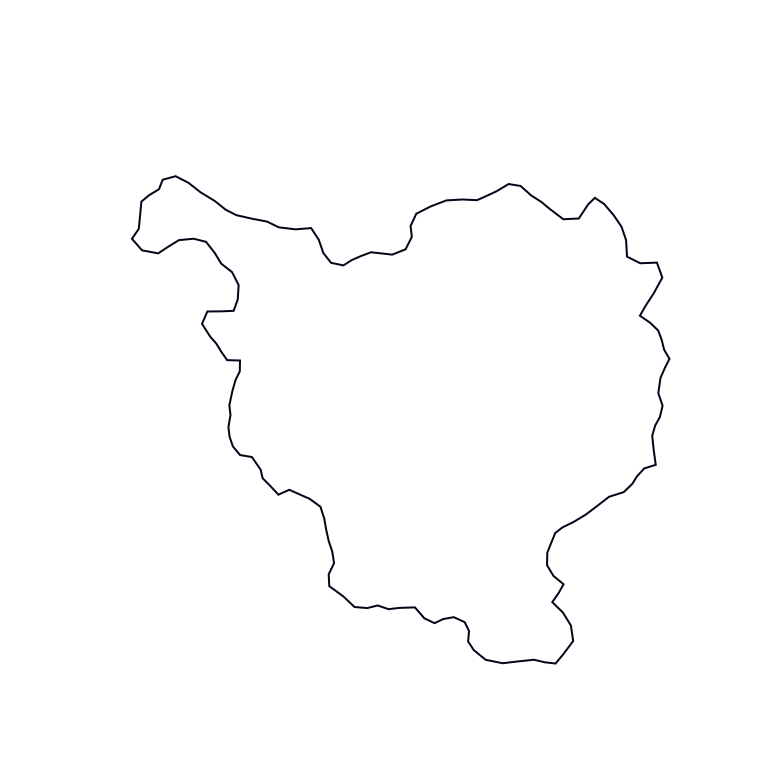 the district of Ouro Verde de Minas, Minas Gerais, Brazil, rotated 286°
{"feature_id": "56859067B63067715141112", "entity_name": "Ouro Verde de Minas", "entity_type": "district", "adm_level": 2, "iso_a3": "BRA", "parent_name": "Brazil", "parent_adm1": "Minas Gerais", "projection": "natural_earth1", "projection_center": [-41.295, -18.032], "detail": "fine", "context": "isolated", "style": "outline", "palette": "ink", "viewbox_px": 768, "rotation_deg": 286, "n_neighbors": 0, "source": "geoboundaries", "source_scale": "gbopen_adm2", "svg_char_len": 2074}
<svg xmlns="http://www.w3.org/2000/svg" viewBox="0 0 768 768"><g transform="rotate(286 384 384)"><path d="M519.4,115.0L509.2,114.0L500.4,105.9L492.4,100.5L480.4,102.8L465.5,105.5L454.1,101.7L445.8,114.6L447.3,130.9L456.9,139.1L465.7,147.1L471.2,161.0L471.6,173.7L463.4,185.1L454.9,194.2L449.6,207.2L439.0,217.0L425.1,220.1L412.9,219.3L409.1,207.9L405.0,194.2L391.6,192.5L381.6,203.9L376.6,211.7L369.6,219.3L363.7,226.7L366.9,239.1L356.4,241.9L347.0,240.2L335.6,240.2L320.9,241.2L311.8,245.0L299.8,246.3L290.7,250.1L282.3,256.0L276.0,265.3L277.4,277.1L267.8,288.9L259.9,293.4L254.9,302.4L248.5,313.0L256.2,322.1L254.7,332.8L253.1,344.2L248.5,356.7L238.3,363.6L228.2,368.5L218.0,374.0L208.6,380.5L198.0,385.4L185.8,383.3L174.6,387.1L168.5,403.7L161.5,417.2L164.0,429.7L169.4,439.0L168.8,450.4L173.1,460.7L177.8,475.3L169.9,487.3L168.0,498.5L174.4,505.7L179.1,515.4L177.3,527.2L169.9,533.9L159.7,535.8L152.9,543.7L146.9,557.8L148.3,575.1L154.7,590.3L160.3,604.2L160.8,615.2L162.6,626.0L174.6,631.2L189.1,636.7L203.4,630.2L213.6,619.0L220.7,605.9L231.3,609.5L241.0,611.8L246.2,599.8L254.7,590.7L266.7,587.5L276.4,588.4L288.0,589.7L295.4,595.1L303.6,604.2L314.0,613.9L325.6,622.6L337.6,631.4L346.2,644.3L356.4,650.2L364.9,652.6L374.6,657.4L381.2,667.5L394.5,661.6L408.2,656.1L418.8,656.1L428.3,658.3L439.9,657.8L450.8,650.2L466.0,648.1L477.1,649.6L486.8,651.5L494.1,643.9L502.9,638.8L510.9,632.9L516.1,623.2L520.2,611.2L531.3,613.9L546.0,618.4L563.0,622.2L575.9,612.9L570.7,597.0L573.4,582.5L589.1,577.0L600.6,569.0L609.3,558.6L617.6,546.2L621.1,535.4L612.6,530.6L596.8,525.7L591.8,510.9L597.9,495.3L602.4,485.0L605.8,473.6L612.0,460.7L610.6,448.7L600.2,439.0L593.8,431.6L586.3,422.7L583.0,408.6L577.7,393.4L567.7,380.1L556.6,368.1L543.2,366.0L533.1,370.2L519.4,367.6L510.6,356.2L508.8,345.3L507.0,335.1L500.4,326.3L494.1,318.7L486.8,312.3L485.9,299.7L493.2,289.6L504.7,281.5L513.8,271.0L508.3,256.4L505.6,239.7L507.9,226.7L506.5,211.5L505.6,195.4L507.9,183.8L513.3,170.9L517.6,155.1L523.5,140.6L526.3,126.4L519.4,115.0Z" fill="none" stroke="#020617" stroke-width="2"/></g></svg>